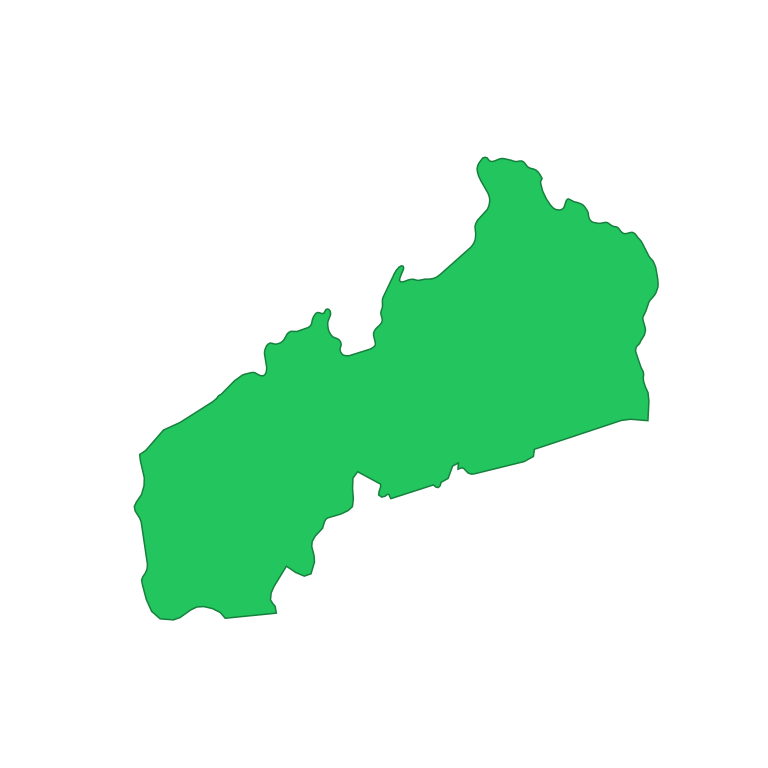 an SVG outline of Upper East, rotated 161°
{"feature_id": "GHA-2156", "entity_name": "Upper East", "entity_type": "Region", "adm_level": 1, "iso_a3": "GHA", "parent_name": "Ghana", "parent_adm1": "", "projection": "robinson", "projection_center": [-0.916, 10.731], "detail": "fine", "context": "isolated", "style": "filled", "palette": "green", "viewbox_px": 768, "rotation_deg": 161, "n_neighbors": 0, "source": "natural_earth", "source_scale": "10m", "svg_char_len": 4355}
<svg xmlns="http://www.w3.org/2000/svg" viewBox="0 0 768 768"><g transform="rotate(161 384 384)"><path d="M610.4,214.2L613.1,221.1L619.3,227.5L626.8,232.2L633.6,234.1L640.3,233.3L652.8,229.6L659.8,229.5L672.1,234.8L677.7,244.6L678.9,257.6L677.8,272.5L677.0,277.7L674.4,280.6L671.2,282.9L668.2,286.4L666.4,290.4L658.5,332.6L658.7,336.7L660.6,344.9L660.0,349.4L656.8,352.8L649.2,358.5L644.0,366.0L641.2,373.3L639.3,390.9L638.0,396.8L637.9,396.9L630.8,398.8L607.4,412.3L589.5,414.0L551.8,423.0L547.0,424.8L544.2,426.8L541.2,427.3L524.1,435.8L515.1,438.5L512.6,438.6L505.9,438.0L503.8,437.5L502.2,436.5L499.5,433.4L497.9,432.0L495.5,431.1L493.6,431.6L492.1,432.8L491.0,434.5L490.1,436.4L489.4,438.5L487.2,451.4L486.4,453.5L485.1,455.6L482.6,458.4L480.4,459.5L478.2,459.8L476.6,458.9L474.8,457.6L472.5,456.7L468.4,456.6L466.0,457.4L463.7,458.8L459.1,463.0L456.8,463.9L454.7,464.1L449.2,462.0L437.1,462.1L434.7,463.0L433.0,464.4L430.6,468.4L428.8,470.5L425.5,473.0L423.3,473.2L421.5,472.2L420.0,470.9L418.0,470.4L414.8,473.2L413.3,473.4L411.9,472.5L411.2,470.7L411.4,468.6L412.1,466.7L415.9,462.3L417.1,460.6L417.8,458.6L418.4,456.3L418.8,453.9L418.8,451.3L418.4,448.9L417.8,446.8L416.8,445.0L415.4,443.7L413.9,442.5L412.5,441.1L411.6,439.4L411.3,437.3L411.6,435.4L412.4,433.8L413.6,432.5L414.4,430.7L414.6,428.5L414.1,426.4L413.1,424.6L410.9,423.2L407.8,422.1L385.6,421.5L381.9,422.2L379.5,423.6L378.8,425.8L378.0,433.6L377.2,435.7L375.5,437.6L373.2,439.2L369.1,441.0L366.7,442.5L365.1,444.2L364.5,446.4L364.2,451.0L363.6,452.8L362.8,454.1L361.1,456.3L360.1,457.9L358.8,462.2L358.0,464.3L356.9,466.0L342.3,480.9L340.5,482.6L339.4,484.0L335.4,487.5L331.5,489.7L329.1,490.1L327.6,489.2L327.6,487.5L328.4,485.9L332.9,481.0L332.9,480.9L333.0,480.8L334.8,478.5L335.6,476.9L335.1,475.4L332.9,474.3L327.3,474.5L324.0,474.1L321.6,473.2L320.1,472.0L318.4,471.0L316.3,470.5L311.5,469.9L306.6,468.3L302.6,467.7L299.8,467.9L295.6,469.1L256.8,485.3L253.8,487.5L252.4,488.8L251.1,490.4L250.1,492.1L248.4,496.1L246.8,503.1L245.1,505.7L242.3,508.4L229.5,515.4L226.9,518.2L224.9,521.7L224.1,523.7L223.6,525.9L223.5,528.2L223.6,530.7L226.3,544.8L226.8,550.0L226.7,552.7L226.4,555.2L225.8,557.5L224.2,560.1L221.8,562.4L216.9,565.6L214.5,565.4L212.9,564.3L212.2,562.2L211.3,560.3L209.6,559.2L207.1,558.9L201.2,559.2L199.0,558.8L197.1,558.0L190.5,553.9L189.0,552.6L187.4,551.6L185.4,551.0L183.3,550.7L181.3,550.1L179.9,548.8L179.0,546.9L177.6,542.8L176.4,541.3L174.9,540.0L173.2,539.0L171.7,537.8L170.4,536.4L169.4,534.6L168.2,530.7L167.6,526.9L170.2,524.2L170.6,521.9L171.2,515.0L170.3,506.5L168.4,499.1L166.8,495.5L165.0,493.2L161.6,491.4L159.5,491.1L157.7,491.6L156.1,492.6L152.6,497.3L151.4,498.5L150.3,499.0L149.5,499.0L148.6,498.3L144.9,494.4L141.7,492.4L138.9,490.0L137.6,488.5L136.7,486.7L135.5,482.2L135.2,479.8L135.9,475.9L136.1,473.2L135.1,470.4L133.8,468.9L128.6,465.9L126.6,465.4L122.2,464.8L120.4,464.0L119.3,462.7L117.7,460.4L116.7,459.2L115.3,458.0L113.5,457.2L112.1,455.9L111.2,454.0L110.6,451.9L109.7,449.9L108.5,448.4L106.8,447.5L104.5,447.2L102.3,447.1L100.1,446.7L98.6,445.5L97.5,443.8L96.2,439.6L95.3,437.7L94.5,435.7L94.0,433.5L91.9,418.6L91.2,416.5L89.6,412.7L89.3,409.8L89.1,405.9L91.0,394.0L92.1,389.9L93.4,386.5L96.9,382.0L99.3,379.9L101.6,378.5L105.1,376.6L107.1,374.9L112.4,368.0L117.5,362.8L118.1,361.1L118.4,358.6L118.6,353.2L119.3,349.5L122.0,345.4L127.5,340.9L128.8,339.4L130.5,338.3L132.4,337.6L134.1,335.9L135.5,333.1L135.6,315.5L135.1,313.1L134.9,310.8L135.4,308.4L136.9,305.4L137.7,301.9L137.8,296.3L137.2,289.8L139.1,281.5L146.4,263.4L150.1,265.0L162.3,270.4L171.6,272.3L218.5,272.8L263.0,273.3L266.3,266.9L276.7,265.0L327.6,269.6L330.7,270.3L333.5,272.5L336.1,278.2L338.0,279.5L341.8,279.3L339.4,285.1L345.8,284.1L354.1,273.9L362.0,272.4L364.1,269.5L366.3,268.4L368.3,269.4L370.2,272.4L370.2,272.5L412.3,273.3L414.9,273.4L415.4,278.1L417.0,278.5L419.6,277.5L423.0,277.8L425.2,280.8L423.6,284.1L420.9,287.5L419.8,290.4L437.5,309.6L444.0,305.1L447.7,295.6L450.4,285.3L453.8,278.3L459.1,276.0L466.8,275.1L481.1,275.7L482.4,275.2L483.6,274.5L484.7,273.5L485.6,272.5L485.6,272.4L489.1,267.6L498.8,262.4L503.2,258.4L505.2,254.0L506.0,244.5L507.7,238.3L514.8,228.3L521.9,228.3L528.9,234.6L535.6,243.5L554.0,228.3L558.7,223.2L561.6,216.9L560.8,213.2L559.3,209.2L560.4,202.4L610.4,214.2Z" fill="#22c55e" stroke="#15803d" stroke-width="1.5"/></g></svg>